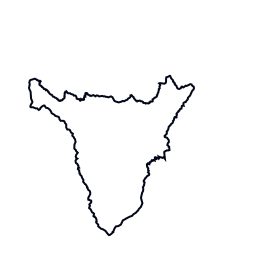 outline of Mae Ai, Chiang Mai, Thailand, rotated 243°
{"feature_id": "78962969B45040254304156", "entity_name": "Mae Ai", "entity_type": "district", "adm_level": 2, "iso_a3": "THA", "parent_name": "Thailand", "parent_adm1": "Chiang Mai", "projection": "orthographic", "projection_center": [99.393, 19.961], "detail": "fine", "context": "isolated", "style": "outline", "palette": "ink", "viewbox_px": 256, "rotation_deg": 243, "n_neighbors": 0, "source": "geoboundaries", "source_scale": "gbopen_adm2", "svg_char_len": 5783}
<svg xmlns="http://www.w3.org/2000/svg" viewBox="0 0 256 256"><g transform="rotate(243 128 128)"><path d="M132.4,203.7L133.6,204.9L135.1,205.3L136.3,204.5L137.9,204.4L138.8,203.4L138.9,202.5L138.7,201.7L138.9,199.2L139.5,198.6L139.0,195.9L139.3,195.4L140.3,195.1L140.5,194.6L140.3,194.1L139.5,193.1L139.5,191.4L140.6,190.2L141.3,190.0L143.7,190.3L145.0,189.6L145.8,189.9L146.4,189.5L147.3,190.0L148.9,189.2L149.6,189.7L150.3,189.7L152.7,189.0L155.1,189.2L155.5,189.0L155.5,186.3L155.8,185.2L155.3,184.7L151.6,182.7L150.9,181.6L151.0,180.5L153.5,176.8L153.6,176.0L152.5,176.3L151.5,176.1L151.2,175.9L150.9,175.0L149.0,174.3L148.7,173.1L148.1,173.0L146.9,171.8L145.9,171.2L145.5,170.3L144.3,169.4L144.1,168.6L143.6,168.5L142.9,167.8L142.7,166.2L143.0,165.4L142.4,164.2L142.4,162.9L140.8,162.3L140.5,161.9L141.4,160.0L140.9,159.6L141.2,158.8L140.5,158.3L140.5,157.7L140.8,157.0L141.6,156.0L141.8,154.8L142.5,154.6L143.4,153.1L144.4,153.2L145.6,152.4L146.0,151.5L147.1,150.9L147.4,149.5L147.9,148.8L147.7,148.3L148.2,148.3L148.9,147.3L150.1,147.3L151.3,146.8L152.8,147.0L153.8,146.5L155.7,146.1L155.9,145.0L155.0,144.6L154.5,144.1L154.2,143.2L154.2,141.5L153.5,140.3L153.7,139.2L153.6,136.6L154.5,135.6L154.5,134.0L155.0,131.4L156.9,129.3L158.3,128.2L162.5,128.1L163.9,127.2L164.3,124.3L165.2,123.5L165.8,122.4L166.8,121.7L167.3,120.5L168.3,119.6L169.1,117.0L169.8,116.2L170.4,116.0L171.1,115.1L171.3,114.6L171.0,113.4L173.0,112.1L173.3,109.7L173.8,109.5L173.8,109.0L174.5,108.4L175.0,108.3L176.3,107.2L177.2,107.5L177.7,107.3L178.3,106.5L178.2,105.7L177.9,105.6L177.4,106.0L177.2,105.3L176.0,104.6L176.2,104.2L175.8,104.1L176.2,103.8L175.5,103.3L175.3,102.8L174.9,102.7L174.6,102.2L174.0,102.0L174.3,101.6L174.1,101.1L173.3,101.2L173.3,100.8L173.7,100.3L175.1,99.4L174.0,98.6L174.0,97.8L174.9,97.6L175.6,97.9L175.9,97.7L176.6,96.3L177.5,95.6L178.4,96.0L180.1,96.1L180.7,95.9L181.1,95.5L181.4,94.5L182.6,94.3L184.2,92.6L185.2,92.2L186.1,90.4L188.7,89.7L188.5,89.3L188.2,89.5L187.7,89.2L188.0,88.5L188.5,88.3L187.8,87.3L186.3,86.7L185.3,85.7L184.7,85.8L183.4,84.8L183.4,83.6L183.0,83.1L183.1,82.8L182.6,81.9L183.1,81.0L182.8,80.4L183.3,80.1L183.3,79.2L184.1,78.6L184.5,78.8L185.3,78.3L185.8,78.4L185.8,78.1L187.5,77.5L188.3,76.6L189.2,76.4L190.0,75.4L192.2,75.2L192.6,74.6L193.5,74.0L195.2,73.6L196.2,73.7L196.7,73.2L197.4,73.4L197.8,73.1L198.5,73.1L199.2,72.7L199.1,71.9L200.2,71.9L200.9,71.1L201.3,71.0L201.3,70.7L202.3,70.7L203.5,70.2L203.6,69.9L204.9,69.9L205.2,69.4L206.2,68.9L206.7,69.0L206.9,68.8L207.8,69.2L207.9,69.6L208.3,69.6L209.1,71.3L209.7,71.3L210.1,70.1L210.7,70.0L210.7,69.7L211.4,69.3L211.8,68.7L212.3,68.8L214.2,67.4L214.9,63.6L215.0,62.5L214.9,62.2L213.3,60.7L211.5,60.3L208.7,58.0L206.9,57.7L204.6,57.7L198.2,55.0L194.7,54.7L194.0,54.1L193.1,52.4L191.8,50.9L191.0,50.7L190.5,51.0L189.5,52.9L187.4,54.6L186.8,55.9L184.6,56.7L184.8,58.3L185.5,58.9L186.2,61.0L186.3,63.2L185.9,63.8L183.3,64.1L182.2,65.5L180.2,66.5L177.7,66.9L175.8,66.7L173.1,68.5L172.0,68.6L169.3,71.3L168.3,71.3L166.8,70.9L165.1,71.2L163.6,73.8L162.7,74.4L161.4,74.1L159.2,74.6L156.6,73.2L154.5,73.2L154.1,73.3L153.6,74.5L152.7,75.3L149.9,75.2L147.9,76.3L146.9,75.1L146.3,74.9L144.7,75.5L143.1,75.4L142.1,75.7L139.4,75.0L137.6,72.8L134.2,70.9L133.4,70.9L132.4,71.5L131.0,71.3L128.8,72.0L127.7,69.8L126.2,68.4L125.0,68.2L123.7,69.0L123.5,67.7L122.8,66.5L121.4,65.9L120.3,65.8L119.1,66.5L116.8,66.6L115.8,66.1L114.8,66.3L114.9,65.2L114.1,64.7L112.3,65.3L111.4,64.7L110.1,64.6L109.4,64.1L108.7,64.5L107.9,64.2L106.4,64.8L104.2,64.5L102.0,64.7L100.4,63.6L99.2,64.0L97.8,64.1L97.2,64.6L95.4,64.9L94.2,64.8L93.6,64.5L93.2,64.9L92.8,64.6L91.0,64.5L89.7,65.2L88.0,65.2L86.2,64.3L83.8,60.9L82.5,60.2L82.0,60.1L81.4,61.1L80.6,61.4L80.0,62.2L78.9,61.8L78.2,61.0L77.8,59.5L77.2,58.7L75.9,58.8L74.8,57.3L74.0,57.0L73.1,57.6L72.1,57.8L69.2,57.7L68.1,58.5L67.0,58.8L65.1,57.2L64.5,57.4L64.2,58.1L63.6,58.0L62.8,58.5L60.5,58.3L59.9,57.9L59.1,57.8L58.8,56.9L58.0,56.8L55.4,57.6L53.9,56.8L50.3,58.4L49.1,59.7L46.6,61.2L42.7,61.9L41.2,62.4L41.0,63.7L41.7,66.7L42.3,67.1L42.0,67.7L43.0,68.5L44.9,70.8L45.8,72.6L45.0,74.8L45.2,77.8L48.1,81.6L48.0,83.9L48.2,85.1L48.2,89.2L47.9,91.9L48.6,93.3L49.0,97.0L49.5,97.8L49.9,99.5L50.9,100.9L51.8,103.6L54.4,106.7L59.3,107.7L60.2,108.1L63.8,111.1L65.1,112.9L67.1,114.1L68.5,114.4L69.3,115.9L70.0,116.3L70.4,116.9L71.6,117.6L72.0,118.1L73.1,117.7L73.7,117.9L75.6,120.9L75.6,121.7L76.2,122.4L76.6,123.9L76.4,124.6L76.6,125.5L77.0,125.8L78.0,126.2L79.4,125.7L80.4,127.1L81.5,126.8L82.9,127.8L84.1,127.4L85.0,127.8L85.4,127.6L87.1,128.4L87.0,129.1L87.5,129.6L87.4,129.9L86.4,130.1L86.0,130.6L87.4,131.7L87.2,132.3L87.7,132.5L87.6,133.2L88.4,134.5L87.5,135.0L87.5,135.5L88.1,135.5L88.0,136.2L87.1,136.9L87.6,137.0L87.6,138.0L87.9,137.7L88.2,138.3L88.5,138.1L89.2,138.4L88.9,138.9L89.4,139.2L89.1,139.5L88.6,139.2L87.9,139.5L88.3,139.9L87.9,140.1L87.6,140.8L88.2,140.7L88.2,141.1L87.8,141.4L86.7,141.5L86.9,141.9L87.3,141.8L87.7,142.0L87.5,142.6L88.1,142.6L87.8,142.8L87.8,143.1L87.4,143.2L87.1,143.9L85.7,145.2L85.9,146.5L83.8,146.9L89.4,149.0L90.4,149.7L90.3,150.7L90.5,152.2L89.7,153.8L89.5,154.9L92.4,156.1L92.7,155.6L93.8,155.9L95.0,155.3L96.5,156.8L96.8,157.9L97.1,158.2L98.9,158.8L101.6,158.3L103.3,156.7L104.3,157.0L105.3,160.0L107.4,161.0L107.6,162.0L108.5,163.2L110.4,164.7L111.2,166.4L111.1,167.0L112.0,168.2L112.2,169.9L113.3,171.2L114.0,171.5L114.3,172.5L116.2,174.0L116.5,174.6L116.3,175.2L115.5,175.6L115.5,176.1L116.4,176.4L117.6,177.6L118.5,177.5L118.8,177.9L119.6,179.7L119.6,180.2L120.1,180.6L120.1,181.6L120.9,182.4L121.3,183.2L121.0,184.4L123.2,186.0L123.0,187.3L122.6,187.7L124.3,188.2L125.1,188.9L125.3,190.1L124.9,191.2L125.8,192.5L126.4,194.3L127.7,195.1L128.7,198.0L131.7,201.7L132.3,202.9L132.4,203.7Z" fill="none" stroke="#020617" stroke-width="2"/></g></svg>